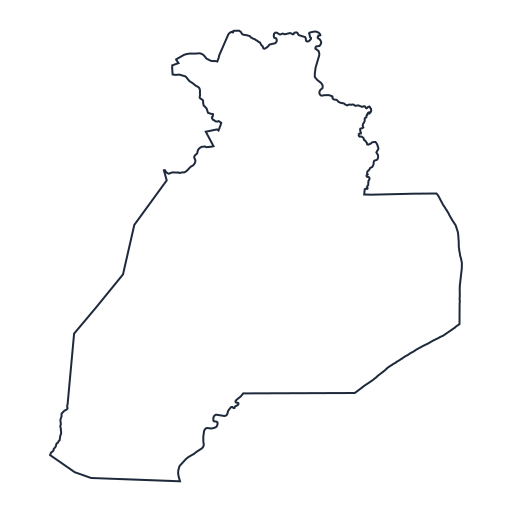 outline of Manhiça, Maputo, Mozambique
{"feature_id": "85939544B91620585279817", "entity_name": "Manhiça", "entity_type": "district", "adm_level": 2, "iso_a3": "MOZ", "parent_name": "Mozambique", "parent_adm1": "Maputo", "projection": "orthographic", "projection_center": [32.812, -25.289], "detail": "fine", "context": "isolated", "style": "outline", "palette": "slate", "viewbox_px": 512, "rotation_deg": 0, "n_neighbors": 0, "source": "geoboundaries", "source_scale": "gbopen_adm2", "svg_char_len": 5913}
<svg xmlns="http://www.w3.org/2000/svg" viewBox="0 0 512 512"><path d="M320.4,35.2L319.7,33.7L318.6,32.6L315.8,31.5L313.5,31.7L310.0,32.5L309.4,32.8L309.1,33.4L309.7,35.2L310.0,37.0L311.0,37.9L310.9,39.0L310.0,40.1L308.6,41.3L307.3,41.5L306.2,41.0L306.0,40.5L305.7,38.2L305.1,37.1L298.7,35.1L297.3,32.8L296.4,32.4L294.8,32.6L293.9,33.3L293.5,34.2L292.8,34.3L290.7,33.2L289.7,33.1L284.8,34.3L282.9,33.6L282.2,33.7L280.7,34.4L279.8,34.4L279.1,34.2L276.9,32.7L275.2,32.7L274.1,33.7L273.7,36.0L274.2,37.6L274.6,37.9L276.1,38.3L276.7,39.5L276.8,40.4L276.4,41.8L275.9,42.6L275.0,43.3L270.0,44.4L268.9,45.1L268.4,46.1L267.0,47.3L264.9,48.6L264.2,48.7L263.6,48.5L263.2,48.0L262.6,46.2L261.3,45.1L260.0,42.5L258.5,41.9L257.4,40.8L255.7,40.0L254.8,39.2L253.0,38.6L250.9,37.4L249.8,36.1L246.6,35.2L243.2,34.7L241.9,33.8L240.9,32.0L239.1,30.7L233.7,30.8L233.1,31.2L232.8,31.6L233.0,32.3L232.3,32.4L231.4,31.9L231.0,32.0L229.1,33.4L228.3,34.5L219.3,55.1L218.5,58.4L217.3,61.5L215.8,61.1L211.5,61.0L210.0,60.4L206.3,58.5L205.4,57.2L203.7,55.2L202.5,54.3L200.3,53.4L198.9,53.3L195.7,53.6L189.4,53.6L186.9,54.0L184.1,54.8L176.1,59.4L176.1,59.6L178.5,63.1L172.2,65.4L172.2,68.7L172.6,74.5L175.6,74.9L179.3,74.6L185.4,76.4L186.1,77.0L189.3,81.0L193.1,83.5L195.4,85.5L198.2,87.0L199.1,87.8L199.7,89.1L200.0,90.6L199.9,92.8L200.1,95.0L199.8,96.2L199.7,97.6L200.3,98.5L202.4,99.7L203.1,100.7L203.1,102.7L203.7,105.7L204.9,106.5L205.7,107.7L206.5,108.3L208.0,112.8L210.7,113.7L213.0,114.2L212.7,116.6L211.9,117.2L212.0,118.0L212.6,119.3L213.0,119.8L214.0,120.1L215.4,121.3L217.1,121.6L218.7,121.1L221.0,122.7L221.2,122.8L220.5,125.3L218.5,130.5L217.0,129.4L205.8,131.7L213.5,146.2L211.4,146.7L206.3,147.2L205.1,146.5L201.4,146.9L199.2,148.4L197.9,150.2L197.1,153.5L195.1,155.2L194.2,156.8L194.4,158.3L195.0,159.3L195.4,160.6L195.2,162.1L194.6,163.5L193.2,165.3L190.6,166.8L187.5,170.1L185.9,171.5L184.5,172.3L181.6,172.5L180.1,172.9L179.2,172.9L178.0,172.4L177.0,172.6L172.7,172.4L171.9,172.5L169.4,173.5L168.5,173.7L166.8,172.7L165.9,171.8L164.8,170.1L163.9,170.3L166.7,180.4L134.3,224.9L123.0,274.4L95.8,307.8L74.1,333.6L67.6,404.2L67.4,404.6L67.2,406.1L67.2,406.9L67.5,407.8L67.5,408.5L67.3,408.9L66.7,409.5L64.4,410.7L61.8,413.4L61.5,414.1L61.6,416.2L60.4,419.7L60.5,421.5L60.9,424.1L60.4,425.8L60.3,426.8L60.9,428.7L60.8,430.5L61.1,431.3L61.1,433.8L60.3,435.7L59.6,440.3L58.6,441.2L57.9,442.7L56.7,443.4L56.3,444.2L56.0,445.7L55.5,446.9L53.7,449.0L53.5,450.4L53.2,450.9L51.0,452.7L50.1,455.1L74.7,472.2L91.1,478.0L180.0,481.3L178.6,476.4L178.1,473.1L178.3,470.4L179.4,466.4L180.2,465.3L185.9,459.1L188.3,457.1L194.2,453.7L196.4,451.9L202.0,448.3L202.8,447.3L203.4,446.5L203.8,444.6L203.3,441.3L203.3,436.7L203.5,435.1L204.1,430.9L205.0,429.3L205.5,428.6L206.8,428.0L211.3,428.5L214.2,427.9L216.4,426.8L217.4,424.9L217.6,422.9L217.1,422.0L216.0,421.5L214.3,421.4L213.7,421.1L213.4,420.4L213.3,418.0L214.1,416.0L215.6,414.8L216.4,414.7L224.4,416.0L225.7,415.7L226.7,415.0L227.6,413.2L227.8,411.7L228.5,410.3L230.7,407.5L231.4,407.0L232.3,407.0L233.6,408.1L234.5,408.0L234.8,406.9L235.2,406.4L237.4,405.3L238.1,404.6L238.5,403.9L238.3,403.1L237.7,402.8L236.4,402.6L235.8,402.3L235.5,401.7L235.5,401.1L236.4,399.9L240.9,396.3L243.2,393.4L354.8,393.0L364.7,385.5L372.2,380.5L377.0,376.7L377.4,376.1L384.7,370.5L386.7,368.6L387.1,368.4L387.5,367.8L391.4,365.2L392.0,365.0L392.4,364.5L396.1,362.4L396.3,362.0L399.0,360.5L401.3,358.9L402.0,358.7L402.4,358.2L405.9,355.9L407.7,355.1L410.5,353.1L413.1,351.8L416.2,349.7L423.1,345.9L428.5,343.3L432.9,340.7L439.3,337.6L439.7,337.2L443.1,335.7L455.3,327.3L455.6,326.8L459.5,324.1L459.6,303.5L459.9,301.0L459.6,299.9L459.8,295.2L459.7,290.1L459.8,285.8L461.8,268.3L461.9,263.1L461.0,258.5L460.1,255.5L459.8,253.0L459.2,250.5L459.2,249.6L458.8,247.0L458.7,241.6L458.2,234.6L457.8,231.9L455.6,225.2L452.2,220.1L449.4,215.2L448.1,212.5L447.7,212.1L446.6,210.1L446.1,209.6L445.0,207.6L443.1,204.9L438.8,196.7L437.6,194.8L436.4,193.5L413.5,193.7L371.1,194.7L364.2,194.5L364.7,189.4L365.5,188.7L367.2,188.9L367.5,188.6L367.5,187.9L367.1,187.2L367.2,186.3L368.2,185.0L368.4,181.2L369.5,179.0L369.5,178.1L368.8,177.1L367.0,176.8L366.7,176.5L366.6,175.2L367.4,174.8L367.7,174.5L367.1,173.2L367.2,172.1L367.7,171.2L369.2,169.8L370.1,168.1L370.8,167.6L372.1,167.1L373.1,165.5L373.6,164.1L373.6,162.7L374.0,161.2L374.3,160.7L376.5,160.0L377.3,159.4L377.8,158.5L378.1,157.1L378.1,155.9L377.8,154.8L376.4,152.5L376.8,151.5L378.3,149.2L378.3,148.1L377.3,144.7L376.2,142.8L375.4,142.0L375.0,141.9L372.8,142.2L371.9,142.5L371.2,143.2L370.0,144.0L369.1,144.2L368.6,144.6L367.3,144.5L367.0,144.0L366.8,142.8L365.0,140.4L364.3,140.2L363.9,139.7L363.7,138.4L363.4,137.9L361.6,136.6L360.7,136.5L359.8,136.7L359.0,136.1L358.7,135.2L358.8,134.2L359.1,133.8L359.7,133.5L360.8,133.5L361.0,133.1L360.3,131.0L360.1,129.3L360.3,128.7L362.1,128.2L363.3,127.5L362.7,125.7L362.8,124.9L363.0,124.0L363.9,122.7L364.7,120.9L364.7,118.7L365.0,118.1L366.3,117.3L366.6,115.4L367.1,115.1L367.1,114.3L367.7,113.9L368.1,112.8L368.7,112.5L369.3,113.5L369.8,113.2L370.2,112.1L370.9,111.8L371.2,110.8L371.0,108.7L370.0,107.7L369.7,106.7L369.4,106.5L367.9,107.1L366.7,108.3L366.1,108.2L364.9,106.4L364.0,106.2L362.2,106.9L358.4,105.4L355.3,105.8L353.3,104.5L352.3,104.5L351.2,104.8L349.3,104.5L347.1,105.4L344.9,104.3L343.9,103.4L340.8,102.9L338.4,101.8L337.3,100.4L336.6,99.9L334.5,99.6L333.4,99.2L332.7,98.5L332.4,97.7L332.6,97.0L332.4,96.4L330.1,95.5L328.9,95.1L327.6,95.1L324.2,95.2L322.3,95.6L321.6,95.6L320.9,95.4L319.9,94.5L319.4,93.2L319.5,91.5L320.3,90.0L322.5,88.1L322.7,86.3L322.4,84.8L321.1,83.0L317.2,79.9L314.8,77.0L314.8,73.7L315.6,67.6L319.2,55.4L319.3,53.7L318.7,51.2L316.3,49.2L315.6,49.0L315.4,48.7L315.5,47.5L315.8,46.8L316.7,46.3L319.5,46.0L321.0,43.7L321.2,42.1L320.6,40.6L319.6,39.2L318.1,38.3L317.7,37.8L317.7,37.1L318.3,36.2L318.4,35.6L320.2,35.4L320.4,35.2Z" fill="none" stroke="#1e293b" stroke-width="2"/></svg>